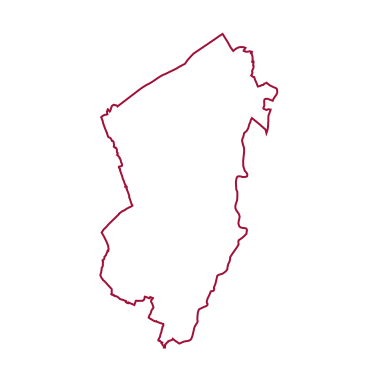 Valeni, Neamt, Romania, rotated 71°
{"feature_id": "2599482B70512380232271", "entity_name": "Valeni", "entity_type": "district", "adm_level": 2, "iso_a3": "ROU", "parent_name": "Romania", "parent_adm1": "Neamt", "projection": "albers", "projection_center": [26.711, 47.039], "detail": "fine", "context": "isolated", "style": "outline", "palette": "rose", "viewbox_px": 384, "rotation_deg": 71, "n_neighbors": 0, "source": "geoboundaries", "source_scale": "gbopen_adm2", "svg_char_len": 5917}
<svg xmlns="http://www.w3.org/2000/svg" viewBox="0 0 384 384"><g transform="rotate(71 192 192)"><path d="M200.9,290.6L206.3,289.6L211.4,289.0L215.5,288.8L218.6,289.4L219.5,289.8L219.6,290.2L220.5,290.5L220.2,291.0L220.4,291.3L221.3,291.8L222.5,293.0L223.8,294.0L224.0,294.2L224.6,295.8L225.6,296.1L227.0,297.2L227.4,298.8L228.0,299.0L228.7,298.8L229.3,298.8L230.0,299.4L230.4,299.5L231.2,299.9L232.2,300.0L234.1,301.5L234.6,302.3L236.1,302.8L238.8,304.3L240.3,305.5L240.9,305.8L244.5,305.4L245.5,304.8L246.4,304.8L248.0,303.7L254.9,300.8L257.4,299.6L258.4,299.7L259.8,300.3L261.8,300.9L262.1,301.1L262.3,301.6L262.9,301.3L263.2,300.7L263.8,300.2L263.6,300.1L263.7,299.6L265.3,298.8L265.6,298.4L265.6,298.0L266.5,296.9L267.3,296.3L269.9,294.8L271.3,292.7L273.6,289.9L274.0,289.9L274.2,290.5L274.4,290.5L275.9,289.3L276.5,288.5L276.4,288.1L275.9,287.9L280.1,283.3L276.6,280.5L276.7,279.9L277.3,278.7L278.3,275.5L278.8,274.2L278.8,273.9L278.4,273.3L278.1,272.2L275.6,270.7L275.8,270.3L277.4,268.3L278.6,267.1L278.7,266.7L277.7,265.7L279.6,263.5L280.3,264.2L281.1,265.9L282.4,266.4L285.4,265.9L286.9,266.0L288.3,266.0L288.9,266.2L289.6,267.0L289.9,267.8L290.5,268.5L293.6,270.9L294.5,272.1L296.6,273.9L298.5,272.6L299.0,272.0L301.3,270.1L302.4,268.9L302.4,267.9L303.2,267.6L303.9,266.6L305.3,265.1L306.3,263.6L307.2,262.7L307.4,262.1L307.7,262.1L309.1,262.7L309.6,263.2L309.8,263.8L310.3,264.1L310.7,264.1L312.7,265.6L314.4,266.5L315.6,267.6L318.5,269.5L320.8,272.0L321.6,272.1L322.2,270.9L322.6,271.0L324.6,269.2L325.1,270.0L325.6,269.7L326.4,269.7L327.7,269.3L328.4,268.9L329.9,269.3L330.3,268.2L327.8,267.3L327.6,267.1L327.7,266.9L327.4,266.7L326.5,265.2L326.0,263.7L325.4,263.2L325.3,258.8L324.5,258.0L327.0,256.5L331.2,253.3L330.8,248.3L331.5,244.0L331.5,242.2L330.9,240.8L329.6,239.6L328.1,238.4L320.4,233.5L319.6,232.6L317.2,229.6L316.4,228.9L313.9,228.3L310.8,227.1L307.9,225.7L305.8,224.2L305.2,223.3L304.5,217.8L304.6,216.4L304.3,215.0L304.0,214.4L303.0,213.7L302.3,214.0L300.8,213.9L299.6,213.3L297.6,211.7L295.0,209.1L292.1,206.6L292.4,203.9L291.8,203.1L291.1,202.6L290.3,202.7L289.3,202.3L286.5,199.8L279.5,195.4L279.2,194.6L279.0,192.7L279.2,189.8L278.2,186.3L276.5,183.7L274.8,183.0L271.8,181.1L270.0,179.2L268.0,177.9L266.0,177.1L263.5,173.9L259.1,167.8L256.9,165.1L254.5,164.5L253.6,164.1L252.7,163.4L252.6,162.6L251.7,159.6L250.7,157.0L249.2,154.1L247.2,153.2L246.2,152.5L244.4,152.5L243.8,153.0L242.1,156.5L241.4,157.4L240.1,158.4L238.7,158.5L237.0,158.4L234.8,157.4L233.1,156.2L230.8,155.0L229.0,154.8L227.4,155.0L223.6,156.1L221.6,156.2L219.6,155.7L217.9,154.7L214.8,152.3L213.1,151.4L207.7,149.4L206.3,149.1L204.1,149.3L197.5,147.5L195.6,146.6L193.2,145.2L192.3,144.1L192.3,142.8L193.3,140.6L194.4,139.1L195.2,136.2L195.1,134.9L193.6,134.0L192.5,133.9L189.0,135.2L184.3,135.1L179.0,133.4L170.2,129.3L168.4,128.8L166.9,128.4L163.8,128.4L160.1,128.0L158.6,127.4L156.5,125.5L153.3,123.6L152.1,120.5L150.6,118.7L149.6,117.8L146.4,115.6L144.8,114.0L143.1,113.0L141.6,111.3L151.4,105.2L152.0,105.0L153.8,103.9L154.8,103.4L156.4,102.4L157.2,102.2L160.6,102.5L158.2,100.6L155.5,99.1L149.0,96.4L146.9,95.8L145.8,95.2L144.6,94.8L141.1,91.8L139.7,90.9L139.5,91.5L138.7,92.5L138.6,93.8L138.7,94.9L136.6,97.2L135.6,97.1L135.2,96.6L133.9,95.5L129.6,94.2L128.5,93.6L128.1,93.2L127.9,92.5L128.0,91.7L128.3,90.6L128.9,89.7L132.0,86.0L130.6,84.7L129.5,83.5L127.7,80.8L126.0,79.2L125.2,78.8L122.7,78.2L121.9,78.3L121.3,78.7L118.7,81.5L116.6,83.6L115.6,84.3L113.0,85.9L113.3,86.5L113.2,86.8L113.1,88.5L113.9,89.6L113.9,90.0L113.6,91.2L113.6,91.5L113.9,91.9L113.9,93.4L113.7,95.4L110.4,95.5L105.7,95.9L103.7,95.7L103.0,96.8L101.2,98.1L99.9,96.7L99.0,96.0L98.0,96.0L96.7,95.5L95.3,94.0L94.1,93.2L92.8,92.7L92.1,93.0L90.7,92.2L88.6,91.3L88.3,91.4L88.0,91.6L88.9,92.0L89.2,92.3L89.0,92.6L88.7,92.8L88.2,92.6L87.1,91.8L85.9,91.3L83.0,90.6L81.2,90.7L80.3,90.3L80.1,91.0L79.9,91.2L79.5,91.0L79.5,90.8L79.5,90.4L78.9,89.8L77.8,91.3L77.3,94.4L77.0,95.0L77.0,95.3L76.6,95.6L76.0,96.6L75.4,97.2L74.8,96.9L74.5,96.2L73.2,94.5L72.2,95.6L71.4,97.1L70.8,98.8L70.5,100.4L70.5,101.9L71.0,104.4L72.1,107.1L67.9,108.4L61.2,109.6L52.5,111.6L53.4,115.4L54.6,119.4L61.6,145.3L61.8,145.9L65.9,153.4L68.3,156.6L68.6,157.3L68.8,159.1L69.6,163.9L70.1,165.8L70.4,167.8L71.2,174.7L71.8,179.2L71.8,180.9L71.9,181.9L72.7,185.7L75.0,194.2L75.5,196.8L76.1,200.9L77.3,205.8L78.4,209.3L86.8,234.5L86.4,234.5L85.6,235.1L85.5,235.6L84.9,236.3L84.0,237.7L84.6,239.8L88.8,243.0L89.1,243.5L88.2,243.7L88.0,244.3L87.6,244.3L87.1,244.7L86.6,244.5L86.4,244.7L87.6,245.5L88.1,246.2L90.1,246.6L91.0,246.7L91.0,247.8L90.6,249.5L91.0,251.8L91.6,253.4L91.9,253.6L92.5,253.4L94.0,253.5L95.7,253.3L97.4,253.6L100.8,253.6L106.9,253.4L108.2,253.1L108.5,253.3L112.3,253.3L112.8,253.2L114.4,251.6L115.9,251.1L117.6,251.1L118.1,250.2L119.2,249.8L120.9,250.2L122.1,250.3L123.7,251.2L124.5,250.8L124.6,250.4L125.2,250.2L125.6,249.9L125.5,249.5L125.8,249.4L127.3,249.2L129.9,250.0L131.0,249.6L131.2,249.9L132.3,250.1L132.5,250.5L132.7,250.2L134.1,250.0L135.9,249.2L136.5,249.5L136.9,249.3L138.7,249.0L140.3,249.4L141.4,249.2L143.4,249.2L144.3,249.6L144.5,250.2L144.3,252.9L144.9,253.1L145.9,253.0L146.2,252.7L146.7,252.6L147.2,252.6L148.0,253.0L154.5,252.9L156.8,253.1L158.5,252.9L162.5,252.9L162.8,252.9L163.3,252.6L164.5,252.8L165.1,253.5L165.3,253.5L165.4,253.3L165.2,253.0L165.5,252.6L165.5,252.1L165.8,252.0L166.1,252.2L166.1,252.6L166.4,252.7L166.9,252.7L167.2,252.5L167.7,252.8L168.0,252.7L168.4,252.8L168.6,252.7L169.1,252.8L170.9,252.6L173.1,252.6L175.1,252.5L176.2,253.1L178.2,253.0L183.5,253.1L185.4,252.7L185.6,252.8L185.6,253.2L186.1,255.2L186.0,255.7L186.1,256.2L186.2,257.2L186.3,257.5L186.4,258.0L186.5,259.2L187.4,262.1L187.3,262.4L187.4,263.4L187.7,265.0L188.2,266.3L188.4,267.2L188.6,267.5L188.7,268.1L188.8,268.2L189.1,268.2L189.4,268.7L195.0,280.7L197.7,285.4L198.0,286.4L198.6,287.6L200.9,290.6Z" fill="none" stroke="#9f1239" stroke-width="2"/></g></svg>